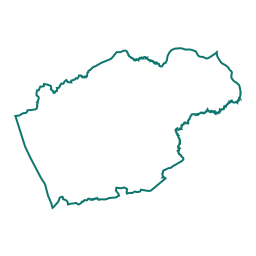 Kut Chap, Udon Thani, Thailand
{"feature_id": "78962969B39562479301608", "entity_name": "Kut Chap", "entity_type": "district", "adm_level": 2, "iso_a3": "THA", "parent_name": "Thailand", "parent_adm1": "Udon Thani", "projection": "robinson", "projection_center": [102.608, 17.437], "detail": "fine", "context": "isolated", "style": "outline", "palette": "teal", "viewbox_px": 256, "rotation_deg": 0, "n_neighbors": 0, "source": "geoboundaries", "source_scale": "gbopen_adm2", "svg_char_len": 5765}
<svg xmlns="http://www.w3.org/2000/svg" viewBox="0 0 256 256"><path d="M15.4,116.0L25.0,146.3L30.1,157.2L40.8,177.6L44.4,183.2L45.3,185.1L47.9,195.3L51.5,203.9L52.5,207.8L53.5,207.1L58.3,201.7L59.8,197.6L62.2,196.7L62.6,196.8L63.2,199.2L65.8,200.1L67.3,201.6L67.8,202.9L67.9,204.4L71.4,203.6L74.2,203.4L75.6,202.9L76.3,203.0L77.6,204.1L78.7,204.5L81.0,203.1L81.5,202.5L81.8,201.8L82.4,201.9L82.6,201.6L83.6,201.3L83.7,200.7L84.7,200.1L85.7,200.3L87.4,200.1L87.7,199.2L89.1,198.6L90.5,199.2L90.7,199.8L91.0,199.8L91.5,199.5L91.8,199.7L92.3,199.2L92.7,199.5L93.0,199.2L93.5,199.6L94.1,199.4L94.7,198.9L94.6,198.7L95.2,198.4L95.7,198.8L96.5,198.7L97.1,198.0L98.4,199.6L98.9,199.9L99.6,199.3L105.6,199.4L109.4,198.0L116.3,197.4L117.1,196.6L119.1,195.7L118.3,193.6L115.9,190.6L116.4,187.7L120.8,188.3L124.2,187.5L126.9,188.8L126.9,191.1L126.6,192.4L127.0,193.6L128.6,193.1L130.8,192.8L132.3,193.1L134.2,191.8L135.5,191.6L137.0,192.1L138.6,191.9L140.1,191.5L140.9,189.7L148.5,191.0L150.9,190.6L165.5,178.4L164.5,177.4L162.6,177.4L163.0,176.9L162.9,176.2L162.2,173.6L162.9,172.9L163.2,170.7L168.5,168.2L170.9,167.8L172.7,166.3L182.2,160.8L183.4,159.3L183.2,157.8L182.1,157.1L181.7,156.4L181.1,156.1L181.0,155.2L179.7,154.5L179.4,154.1L179.1,154.1L179.1,153.3L178.4,152.8L178.4,151.6L178.1,151.4L178.4,151.1L178.0,150.6L179.0,150.3L179.1,148.8L179.5,148.6L179.1,148.4L179.2,147.7L178.1,147.6L178.1,146.6L178.5,146.5L178.4,145.8L178.7,145.5L178.8,145.1L179.4,144.6L179.4,143.9L179.8,143.9L180.1,143.4L180.0,141.9L179.7,141.9L179.6,141.5L179.7,140.4L180.1,140.0L179.4,139.2L179.4,138.3L178.9,138.1L178.5,137.5L178.4,136.5L178.0,135.9L178.4,135.6L178.0,135.4L177.8,134.7L177.5,134.9L177.2,134.7L177.1,133.8L176.4,133.1L176.6,132.5L176.2,131.8L176.3,131.0L175.7,130.9L175.5,130.3L175.5,130.0L176.3,129.4L176.3,128.9L177.1,128.4L177.4,129.7L178.1,129.5L178.6,129.8L179.6,129.5L179.7,128.7L180.3,129.0L181.4,129.0L181.1,128.4L181.6,127.4L181.3,126.8L181.8,126.1L181.5,125.8L181.5,125.2L181.8,124.9L183.6,124.5L183.5,123.8L184.3,122.7L185.2,122.4L185.5,123.1L186.0,122.9L187.3,123.6L188.2,123.4L188.3,122.6L187.9,121.1L188.7,120.1L188.7,119.7L189.6,119.0L189.5,118.3L190.3,117.3L190.6,115.8L191.5,115.1L192.1,114.2L195.1,114.2L195.4,114.4L195.5,115.0L196.2,115.2L197.0,114.1L197.7,114.0L197.7,114.8L198.0,114.9L198.7,113.8L199.2,113.8L200.9,112.6L201.3,112.9L202.3,112.6L203.0,113.3L203.4,112.8L204.3,112.7L204.7,113.0L205.7,112.1L205.7,111.7L206.7,111.4L206.7,110.4L207.7,110.6L207.8,109.8L208.4,110.8L209.0,111.0L209.3,111.5L210.4,111.2L210.0,112.0L210.5,112.2L210.8,112.2L211.5,111.0L212.1,111.2L212.0,110.6L212.9,111.9L214.0,111.2L214.3,111.8L215.0,111.6L215.0,111.9L214.1,112.1L214.0,112.5L215.7,113.9L215.9,112.8L216.3,112.4L216.8,112.4L217.9,113.3L218.6,112.4L219.5,112.6L219.7,112.1L219.4,111.2L220.1,110.1L220.0,109.5L220.4,109.7L220.7,110.5L221.5,109.2L223.5,109.3L223.5,108.8L224.0,108.4L223.9,107.2L224.4,106.2L225.7,106.9L226.1,106.3L226.2,105.2L227.1,104.7L227.5,103.9L228.1,103.8L228.5,102.7L229.1,102.9L229.8,102.6L229.7,102.1L230.1,102.4L230.6,102.1L230.8,100.8L231.7,100.5L231.9,101.1L231.6,101.8L232.4,101.7L232.8,102.2L233.6,102.3L233.9,102.6L234.7,102.6L235.8,102.0L237.2,102.8L237.1,102.3L237.6,101.8L237.4,101.2L238.2,100.6L238.6,100.8L238.8,100.4L238.4,99.8L239.0,99.4L239.0,98.1L239.3,97.9L239.8,98.3L239.5,97.5L239.8,97.3L240.4,95.3L240.6,93.8L240.3,93.6L240.6,92.0L239.5,86.2L239.1,85.2L236.2,82.4L235.1,82.0L233.6,80.8L231.5,78.0L231.3,76.0L231.9,72.4L231.5,71.5L229.5,69.6L228.3,67.6L227.5,66.8L225.0,64.9L222.2,63.5L221.0,62.4L218.2,58.1L217.2,55.9L216.9,54.4L216.8,52.2L215.5,53.5L209.2,57.6L207.5,58.4L206.4,58.5L203.0,57.0L199.8,56.6L199.1,56.3L198.0,55.4L195.7,51.3L192.0,50.0L189.9,49.5L185.1,49.5L182.3,48.5L180.0,48.2L174.6,48.7L171.6,50.0L169.3,52.6L167.6,56.0L166.8,60.6L165.7,62.4L165.7,62.8L165.2,62.9L164.7,63.3L164.2,63.1L163.8,63.8L163.2,64.2L162.1,66.3L160.8,66.5L160.0,66.0L159.5,66.0L158.9,64.0L158.4,64.1L157.0,62.8L156.9,63.3L156.4,63.2L156.4,63.7L155.9,63.7L155.9,63.3L155.1,63.7L154.6,62.8L154.3,62.8L154.5,62.2L153.2,62.0L152.9,61.0L151.6,61.0L151.3,60.5L150.9,60.4L150.6,60.9L150.2,61.1L150.0,60.1L148.3,59.9L147.8,59.4L147.8,59.0L147.0,58.6L147.1,58.1L146.8,58.3L146.2,57.8L145.8,58.1L145.8,57.4L145.2,57.5L144.7,57.0L143.2,57.5L143.2,58.2L142.9,58.0L142.5,58.4L142.0,58.0L141.7,58.2L141.5,57.7L141.1,58.0L140.5,57.9L140.6,58.4L140.3,58.6L139.6,58.6L139.5,58.3L139.1,58.5L139.1,58.8L138.8,58.7L138.3,59.1L138.6,59.5L138.3,59.6L138.3,60.0L138.1,59.8L136.8,59.9L136.5,59.5L136.3,59.7L136.1,59.5L135.7,60.1L135.2,59.9L135.1,60.4L134.2,60.3L133.5,58.7L132.7,58.6L132.0,58.0L131.3,58.1L130.8,57.1L129.1,56.3L129.0,55.6L128.3,55.1L128.4,54.4L128.1,53.6L127.5,53.1L127.0,51.6L126.0,50.9L125.0,50.5L124.0,50.6L120.4,52.1L116.6,52.2L112.4,57.4L110.7,59.0L101.2,62.9L94.8,66.6L93.9,66.6L93.0,67.4L92.5,67.5L92.1,68.3L90.8,69.1L90.4,69.9L88.6,70.7L88.2,71.6L88.4,72.1L87.7,72.5L87.4,73.0L87.0,76.1L86.9,76.4L85.7,76.4L85.7,77.0L85.2,76.7L84.9,77.0L84.7,76.6L84.3,76.6L84.0,77.2L83.3,77.5L81.9,77.0L82.0,76.3L81.3,75.9L81.2,75.6L80.1,75.5L79.8,75.8L79.0,75.5L78.3,77.4L77.5,78.5L76.8,78.5L76.1,78.1L74.6,79.6L71.5,80.5L71.3,80.6L71.4,81.4L70.8,82.0L71.0,82.4L67.6,82.1L66.3,80.0L64.4,81.7L63.6,83.4L62.7,83.9L61.8,83.4L61.0,83.9L60.3,85.2L59.9,85.5L59.9,86.2L59.4,86.5L59.3,87.3L58.7,87.9L56.9,88.0L57.3,89.1L56.9,90.2L56.9,91.0L55.9,91.2L54.7,92.8L53.4,92.7L53.5,91.3L52.1,90.5L50.8,89.2L51.3,88.2L50.9,86.0L47.7,84.7L43.9,84.0L43.7,85.1L43.8,86.2L41.6,86.7L40.3,86.6L38.7,90.3L37.0,90.4L36.6,92.3L36.5,95.4L38.4,96.7L38.8,98.2L37.9,100.9L37.1,102.2L37.8,102.4L37.0,104.9L37.5,105.8L37.1,106.4L36.8,108.5L34.4,109.6L27.5,110.3L26.7,112.3L25.9,112.9L22.9,113.3L19.3,115.5L15.4,116.0Z" fill="none" stroke="#0f766e" stroke-width="2"/></svg>